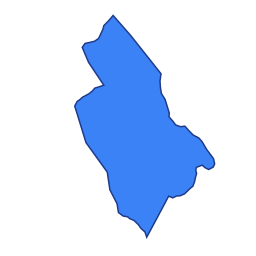 the district of Lagoa, Paraíba, Brazil, rotated 229°
{"feature_id": "56859067B59485240608457", "entity_name": "Lagoa", "entity_type": "district", "adm_level": 2, "iso_a3": "BRA", "parent_name": "Brazil", "parent_adm1": "Paraíba", "projection": "robinson", "projection_center": [-37.9, -6.583], "detail": "fine", "context": "isolated", "style": "filled", "palette": "blue", "viewbox_px": 256, "rotation_deg": 229, "n_neighbors": 0, "source": "geoboundaries", "source_scale": "gbopen_adm2", "svg_char_len": 968}
<svg xmlns="http://www.w3.org/2000/svg" viewBox="0 0 256 256"><g transform="rotate(229 128 128)"><path d="M33.3,70.5L41.2,91.3L49.9,114.0L46.0,115.9L44.8,120.0L42.7,122.8L41.2,127.4L41.6,134.5L41.5,138.8L43.6,142.7L46.9,147.2L48.7,150.0L51.3,151.2L53.5,153.7L51.2,159.7L47.5,160.1L43.7,161.7L42.6,166.7L44.1,169.9L48.7,172.4L60.1,173.3L69.0,174.9L74.0,174.9L79.8,172.6L85.8,172.2L92.1,172.1L94.5,168.5L99.0,166.0L103.0,166.3L109.6,166.3L112.1,168.9L125.4,174.8L132.0,175.8L136.5,178.5L142.4,182.9L147.3,188.5L162.7,189.2L196.2,190.7L222.7,190.6L221.8,184.8L221.1,176.9L219.0,173.9L216.9,169.2L214.9,164.6L215.4,159.7L217.8,155.1L220.0,151.1L218.9,146.4L203.4,141.3L176.1,137.8L179.9,129.0L179.3,125.7L179.5,120.8L181.1,113.8L181.0,110.3L181.4,107.1L179.5,102.2L170.9,98.4L144.5,86.7L108.3,83.4L93.3,73.8L78.1,70.1L70.4,65.3L64.7,66.6L61.3,69.4L58.1,70.0L54.3,71.9L48.1,72.4L43.6,71.9L38.4,72.6L33.3,70.5Z" fill="#3b82f6" stroke="#1e3a8a" stroke-width="1.5"/></g></svg>